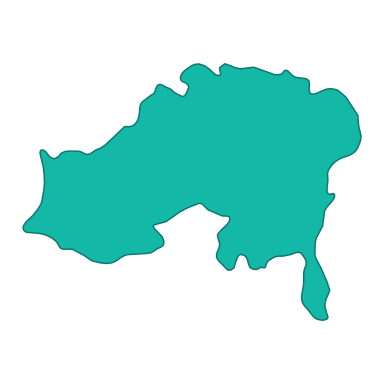 Batna, Equal Earth projection
{"feature_id": "DZA-2216", "entity_name": "Batna", "entity_type": "Province", "adm_level": 1, "iso_a3": "DZA", "parent_name": "Algeria", "parent_adm1": "", "projection": "equal_earth", "projection_center": [5.884, 35.34], "detail": "fine", "context": "isolated", "style": "filled", "palette": "teal", "viewbox_px": 384, "rotation_deg": 0, "n_neighbors": 0, "source": "natural_earth", "source_scale": "10m", "svg_char_len": 3347}
<svg xmlns="http://www.w3.org/2000/svg" viewBox="0 0 384 384"><path d="M218.7,75.7L220.3,75.0L220.4,72.2L219.7,70.3L219.6,68.4L219.8,67.5L224.8,63.8L231.5,66.0L233.4,67.1L240.2,68.9L253.8,67.2L274.9,74.8L278.1,74.7L281.8,74.1L284.1,71.0L285.6,70.2L287.6,70.7L292.2,75.3L294.5,76.9L297.1,77.6L305.6,78.6L307.0,79.2L308.7,80.5L309.4,83.1L309.4,85.4L309.1,88.1L309.2,90.8L310.4,93.6L312.9,94.2L316.1,93.5L326.2,89.2L329.9,88.7L333.6,89.0L337.7,90.2L345.9,97.1L357.8,115.3L358.7,126.1L361.0,135.9L360.7,139.3L360.0,142.2L357.6,148.0L355.9,150.6L353.5,152.9L349.9,155.0L340.9,158.2L337.7,160.0L334.4,162.5L331.5,165.5L328.4,170.2L327.5,173.5L327.9,180.2L327.1,187.5L327.0,191.0L327.7,193.2L329.6,194.5L331.9,193.7L333.5,193.6L334.5,194.5L334.5,196.9L333.0,200.0L326.7,207.3L324.6,211.1L322.6,226.0L316.3,238.1L315.5,240.9L315.2,243.5L314.9,252.2L315.1,255.9L316.3,259.2L321.0,267.9L327.4,282.7L328.3,286.2L329.7,289.8L329.3,291.7L325.8,299.7L325.0,303.6L325.0,306.6L325.6,309.6L327.1,314.7L328.0,317.1L326.9,319.1L325.7,319.5L323.1,320.2L320.0,319.9L317.1,319.2L314.7,317.8L313.0,316.2L307.9,309.6L305.2,306.7L303.0,303.7L301.7,299.9L301.6,296.3L303.6,284.3L303.7,275.0L303.9,271.6L304.4,269.3L305.9,265.5L306.2,263.8L305.9,260.4L304.2,257.4L301.1,253.1L298.3,252.2L295.1,252.8L291.4,254.4L282.8,256.1L278.6,256.1L275.8,256.6L273.3,257.6L268.2,260.8L266.8,262.8L265.4,266.9L265.0,267.5L264.5,267.8L261.4,267.3L260.8,267.4L256.9,269.4L253.7,269.3L251.2,268.3L250.0,267.4L249.4,266.1L248.4,263.5L247.7,260.6L246.8,258.2L245.2,256.0L243.1,255.0L241.0,254.5L239.2,255.0L237.8,256.6L236.5,259.6L234.0,267.7L232.9,268.6L230.8,270.1L227.7,270.0L224.6,267.0L222.7,264.8L218.7,261.0L216.6,257.5L216.6,253.8L219.3,247.2L219.6,243.6L217.4,235.6L218.2,233.6L220.3,231.0L227.0,224.6L228.8,222.2L229.9,219.7L229.7,217.1L228.5,216.4L226.1,216.0L222.5,216.0L208.2,209.9L202.3,204.1L200.3,203.3L198.7,203.4L188.3,207.5L180.5,211.5L166.0,221.6L153.9,224.9L153.2,226.3L154.5,228.8L161.3,235.8L162.3,237.1L163.3,239.4L163.7,241.0L163.8,243.8L163.0,245.6L160.9,247.1L157.5,248.6L155.9,249.6L153.3,251.5L150.8,252.8L147.1,253.4L127.5,254.6L124.1,255.7L120.5,257.7L116.3,260.8L112.0,262.8L106.3,263.5L100.0,262.8L91.6,260.7L84.5,255.7L73.0,249.5L67.0,249.0L65.4,249.3L62.8,249.1L61.2,248.5L60.5,248.1L59.7,247.2L57.7,243.5L56.5,241.9L55.2,240.5L51.5,237.8L47.9,235.9L43.7,234.3L39.2,233.4L26.7,232.3L25.0,231.5L23.9,230.4L23.4,229.0L23.0,227.3L24.0,224.8L26.6,221.4L33.0,215.4L38.0,209.0L40.8,204.4L42.0,200.7L44.0,188.8L44.5,182.9L44.2,175.0L43.3,166.9L40.1,153.7L40.1,151.9L40.7,150.5L41.9,149.9L43.5,150.2L44.9,151.1L46.3,152.4L49.4,156.4L50.1,157.1L52.2,158.2L54.6,158.7L58.6,156.5L59.2,155.8L60.6,153.8L62.0,152.9L64.7,151.6L68.6,151.1L78.6,151.2L81.6,152.1L84.2,153.5L87.0,154.5L90.0,153.9L96.2,149.8L100.4,148.3L105.3,145.0L124.7,126.6L129.7,126.7L132.0,126.0L134.5,124.6L137.1,121.4L138.4,118.4L139.2,114.8L139.8,108.2L140.2,105.7L141.0,103.7L142.3,101.9L150.9,95.3L153.9,93.6L155.2,90.8L156.2,87.7L157.5,85.4L159.8,84.4L162.8,85.3L165.6,87.0L170.0,88.8L171.8,90.1L173.5,91.8L175.6,93.3L182.3,96.5L184.6,95.9L186.3,93.3L188.8,87.1L187.7,84.6L185.5,82.8L182.9,81.8L181.2,80.5L180.4,78.5L180.8,76.1L182.0,73.6L183.7,71.5L186.1,69.5L191.6,65.7L195.2,64.3L199.1,64.0L204.6,65.8L208.6,68.6L215.6,74.8L218.7,75.7Z" fill="#14b8a6" stroke="#0f766e" stroke-width="1.5"/></svg>